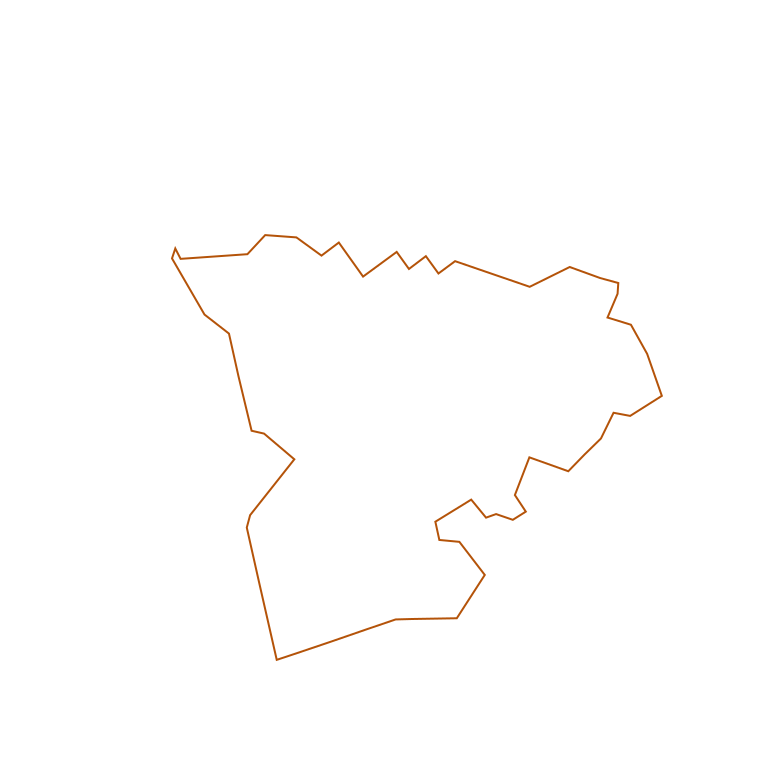 Lafayette, Louisiana, United States of America, rotated 54°
{"feature_id": "52423323B160469889501", "entity_name": "Lafayette", "entity_type": "district", "adm_level": 2, "iso_a3": "USA", "parent_name": "United States of America", "parent_adm1": "Louisiana", "projection": "robinson", "projection_center": [-92.061, 30.209], "detail": "fine", "context": "isolated", "style": "outline", "palette": "amber", "viewbox_px": 768, "rotation_deg": 54, "n_neighbors": 0, "source": "geoboundaries", "source_scale": "gbopen_adm2", "svg_char_len": 837}
<svg xmlns="http://www.w3.org/2000/svg" viewBox="0 0 768 768"><g transform="rotate(54 384 384)"><path d="M326.4,254.3L326.6,275.0L305.2,275.0L305.6,296.2L284.6,296.1L284.8,337.8L243.0,337.4L243.4,359.1L213.9,368.7L193.7,392.6L198.7,418.2L163.2,475.0L151.7,473.2L157.8,481.7L222.3,488.4L252.1,479.8L292.0,497.1L344.0,518.6L353.6,510.2L392.2,500.8L411.4,569.4L419.5,579.4L471.4,601.8L544.1,632.9L547.2,623.3L560.6,580.5L572.3,542.1L581.3,513.0L590.7,499.3L616.3,462.8L597.7,414.7L556.0,415.8L542.7,430.9L525.6,423.4L528.8,381.4L552.1,380.0L555.1,369.8L569.6,359.6L570.6,344.3L550.8,343.4L528.8,309.5L562.9,286.2L558.9,263.0L555.6,240.5L542.2,215.2L554.5,203.6L556.9,166.2L514.3,153.4L481.2,149.4L461.6,164.1L448.3,142.0L440.0,135.1L425.4,146.8L398.5,165.0L391.0,209.0L326.4,254.3Z" fill="none" stroke="#b45309" stroke-width="2"/></g></svg>